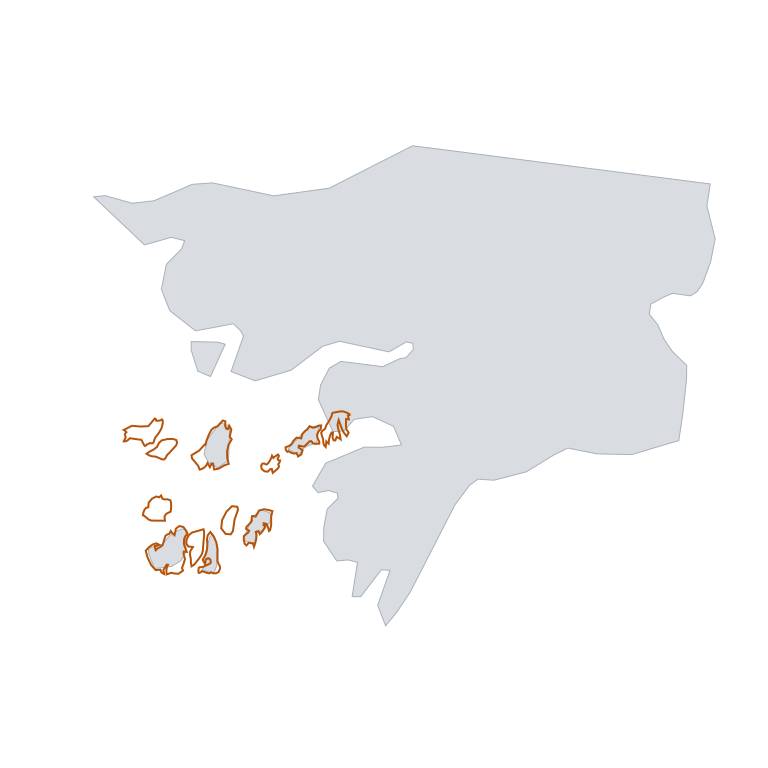 Bolama on a map of Guinea-Bissau (Equal Earth projection), rotated 7°
{"feature_id": "GNB-770", "entity_name": "Bolama", "entity_type": "Region", "adm_level": 1, "iso_a3": "GNB", "parent_name": "Guinea-Bissau", "parent_adm1": "", "projection": "equal_earth", "projection_center": [-15.897, 11.361], "detail": "fine", "context": "in_parent", "style": "outline", "palette": "amber", "viewbox_px": 768, "rotation_deg": 7, "n_neighbors": 0, "source": "natural_earth", "source_scale": "10m", "svg_char_len": 7200}
<svg xmlns="http://www.w3.org/2000/svg" viewBox="0 0 768 768"><g transform="rotate(7 384 384)"><path d="M73.0,233.6L84.2,231.0L112.0,235.3L133.5,230.1L148.7,221.3L169.3,209.2L189.2,205.3L251.6,210.7L305.8,196.3L346.1,169.1L383.3,144.1L431.5,144.3L483.1,144.6L556.6,145.0L614.8,145.3L683.4,145.7L682.8,168.0L695.0,199.5L693.3,223.0L688.1,245.2L683.6,254.0L677.5,259.1L659.1,258.9L651.4,263.4L639.1,272.1L638.8,282.3L648.6,292.0L656.7,305.7L666.1,316.4L682.2,328.7L683.7,342.5L684.2,377.2L683.5,404.2L638.3,423.9L603.7,427.4L574.3,425.2L561.5,433.5L536.0,453.8L504.8,466.1L488.8,467.0L481.1,474.3L469.1,495.4L435.3,587.5L424.1,609.6L415.1,623.9L404.7,604.4L412.7,568.2L404.0,568.7L386.8,597.9L378.3,598.9L379.4,564.2L369.8,563.0L358.7,565.4L343.2,547.4L341.7,533.9L342.9,515.0L352.3,503.0L351.1,498.0L341.9,496.5L331.7,499.8L325.5,494.1L335.8,469.7L372.0,449.1L390.2,447.0L408.8,442.4L398.6,424.8L376.5,417.8L358.8,422.7L350.0,435.4L339.1,437.5L320.8,407.6L321.2,392.5L327.9,374.8L338.5,366.8L380.5,367.0L396.4,357.0L402.8,355.1L408.9,346.0L407.6,340.0L400.8,339.6L385.1,351.5L334.6,347.0L318.4,354.1L290.3,381.5L255.7,396.6L230.7,390.3L238.7,353.6L235.1,348.6L227.2,342.5L190.4,354.2L162.5,337.4L151.5,317.2L153.4,291.8L166.6,274.6L168.7,266.0L154.8,264.4L129.3,275.1L73.0,233.6ZM195.2,591.0L178.8,595.1L171.3,581.4L170.2,576.1L178.8,571.5L182.6,571.3L189.2,561.3L197.2,554.6L200.8,552.5L204.9,552.9L207.9,574.9L203.9,584.2L195.2,591.0ZM238.9,478.8L229.2,487.4L219.3,483.4L214.0,475.6L214.8,461.8L226.0,442.2L236.1,444.7L238.9,478.8ZM221.5,363.9L210.9,397.7L197.7,394.0L188.5,373.9L187.5,365.4L214.2,362.7L221.5,363.9ZM275.1,547.9L275.1,559.2L266.4,557.1L263.9,553.7L269.0,533.2L276.7,524.1L286.0,525.5L288.8,528.3L287.0,536.2L282.9,542.7L275.1,547.9ZM310.3,459.1L308.4,465.5L296.7,460.1L313.7,436.9L324.8,432.8L324.4,450.7L315.9,454.5L310.3,459.1ZM240.1,584.6L238.2,592.3L226.1,591.1L228.8,583.3L226.2,581.1L229.7,557.8L231.5,554.2L237.3,562.8L238.1,566.4L240.1,584.6Z" fill="#d9dde1" stroke="#a8b0b8" stroke-width="1"/><path d="M208.7,574.7L205.7,574.7L205.7,576.8L207.8,582.1L206.9,587.2L205.9,591.3L207.3,593.7L203.1,597.4L199.4,597.6L195.8,597.3L191.6,599.4L190.9,597.0L190.7,594.7L190.9,592.4L191.6,589.8L190.3,589.8L187.7,595.6L188.9,599.4L186.4,598.4L185.7,597.6L184.7,595.6L180.0,596.5L175.0,592.1L170.5,585.1L167.8,578.5L170.5,574.8L173.8,571.6L177.3,569.9L180.4,570.9L177.6,572.5L176.3,572.8L176.5,574.0L176.7,574.9L177.1,575.7L177.7,576.8L179.6,574.4L181.9,573.0L183.9,570.9L185.5,561.5L187.2,559.8L189.1,558.9L190.3,555.9L191.4,557.3L194.5,559.6L195.1,552.9L198.2,549.9L202.3,550.4L205.8,554.1L207.1,556.2L206.5,557.8L205.2,559.6L204.5,562.4L204.8,566.6L205.7,569.1L208.7,574.7ZM214.2,466.0L214.8,461.4L216.4,455.5L218.4,450.3L220.5,448.1L223.9,446.3L228.5,439.9L231.1,440.4L231.4,444.8L232.9,447.6L234.6,447.8L235.4,444.2L238.0,447.7L237.3,455.1L239.6,457.5L237.1,463.1L236.5,469.8L237.4,476.6L239.6,482.2L235.6,484.1L230.3,488.1L225.8,489.6L224.1,483.9L222.6,483.9L222.3,485.2L221.7,486.6L221.3,487.8L220.6,486.8L219.2,484.9L218.5,483.9L217.3,486.9L215.5,489.1L213.4,490.6L211.5,491.4L209.5,487.8L202.5,481.2L201.6,478.2L208.7,472.6L213.3,466.0L214.2,466.0ZM162.2,470.6L160.9,471.2L158.8,471.2L156.8,472.6L155.8,473.0L155.2,474.1L154.4,474.7L153.1,473.6L150.5,469.6L149.6,468.8L149.2,469.0L138.4,468.8L136.6,471.0L134.9,472.3L132.7,472.6L133.3,470.7L134.2,468.8L132.9,465.4L133.2,464.6L134.2,463.2L132.2,461.6L131.3,461.3L138.9,456.2L147.4,455.9L155.2,454.6L160.7,446.2L161.7,446.6L161.9,446.8L161.9,447.1L162.3,448.1L163.8,448.1L165.3,447.8L166.7,447.2L167.9,446.2L168.6,447.0L169.0,447.9L169.2,450.0L168.6,454.9L167.0,459.0L163.6,465.0L162.8,467.5L162.6,469.1L162.2,470.6ZM288.8,523.8L288.1,528.8L289.2,537.9L288.8,542.8L287.8,543.9L286.5,540.8L284.6,537.2L281.6,536.8L281.7,538.9L283.2,538.9L283.2,540.8L281.6,544.5L280.5,546.4L279.0,548.2L277.8,546.0L277.3,545.3L274.8,546.4L275.9,549.4L276.1,553.4L275.6,557.7L274.8,561.5L274.3,560.3L273.7,559.0L273.2,557.9L272.0,558.1L271.5,558.3L271.2,558.3L270.4,557.9L269.2,557.9L267.2,561.0L265.2,559.6L263.8,555.9L263.4,552.1L264.9,550.3L267.2,548.2L268.0,546.1L264.8,544.6L264.8,542.8L269.2,536.8L269.4,535.6L269.0,532.4L269.2,531.2L270.1,530.9L271.5,531.2L272.7,531.3L273.2,530.3L275.4,524.8L280.3,522.9L285.6,523.2L288.8,523.8ZM353.7,418.9L352.0,419.6L353.4,423.4L350.6,423.4L351.4,430.7L352.4,433.8L354.8,436.6L353.4,440.4L350.3,437.5L347.6,433.5L343.4,425.3L342.8,430.2L344.3,434.8L346.3,439.3L347.7,444.2L346.7,443.6L343.5,442.3L342.5,446.0L340.8,446.0L339.4,443.2L339.3,438.5L337.9,438.5L337.0,441.0L336.4,443.8L336.2,446.9L336.3,450.0L334.5,448.8L333.8,448.1L333.8,453.6L331.7,451.7L330.9,449.3L330.3,446.3L328.8,443.2L327.6,440.1L328.5,438.0L330.9,435.7L331.9,431.6L334.0,427.3L335.9,422.3L336.1,419.6L336.7,418.8L343.7,416.6L346.5,416.2L347.6,416.3L351.4,417.2L353.7,418.4L353.7,418.9ZM183.2,546.4L169.8,547.9L167.1,547.3L161.6,543.8L160.7,543.7L160.9,540.4L161.7,537.7L163.1,535.8L165.1,535.1L164.9,530.4L167.7,526.1L171.7,523.4L174.8,523.8L176.3,521.8L178.2,525.0L180.5,525.3L183.2,524.8L186.1,525.5L187.0,527.5L187.6,531.1L187.9,534.7L187.7,536.8L185.3,538.2L183.3,539.9L182.3,542.4L183.2,546.4ZM229.7,552.1L233.7,556.1L236.8,561.5L238.9,568.1L240.3,580.1L241.7,582.7L243.2,584.7L243.8,587.1L242.8,590.7L240.3,592.4L237.5,592.7L235.4,591.9L233.8,593.2L231.7,593.1L226.2,591.9L225.8,592.5L224.5,593.6L223.2,594.1L222.6,592.8L222.5,590.6L222.6,589.1L223.2,588.3L224.8,588.1L226.9,587.4L232.7,583.8L233.9,582.4L233.0,579.3L230.7,578.3L228.6,579.8L228.3,584.3L226.8,582.5L225.5,580.4L227.3,576.3L228.2,573.0L228.5,569.7L228.3,565.5L227.2,559.3L227.5,555.7L229.7,552.1ZM326.7,432.8L326.6,436.6L324.3,439.8L323.7,443.2L324.9,446.3L326.8,449.1L327.0,451.1L323.1,451.8L320.5,451.4L318.8,449.6L316.9,450.0L316.6,450.7L312.6,455.6L311.5,455.9L307.0,455.6L307.0,457.5L311.3,459.6L310.5,464.0L307.6,466.4L305.7,463.2L303.4,464.0L300.6,463.6L298.3,462.8L297.3,462.2L296.3,463.1L294.5,461.3L294.0,458.8L296.5,457.5L299.2,455.5L301.1,451.4L303.7,447.9L308.5,448.1L308.9,443.9L310.9,440.9L313.5,438.2L315.3,434.9L318.8,436.1L321.9,434.9L324.5,433.2L326.7,432.8ZM224.1,563.4L224.5,571.5L223.9,575.3L221.9,579.4L217.6,586.5L215.2,588.4L214.2,585.2L213.5,580.8L212.3,577.4L212.0,573.8L214.2,569.1L209.5,569.1L207.2,566.4L207.0,562.2L208.7,557.9L211.6,554.8L222.6,550.2L223.4,552.5L223.9,556.2L224.1,563.4ZM166.4,483.9L162.1,484.0L159.7,483.5L156.8,482.2L159.2,479.9L163.0,477.4L166.4,474.1L167.9,469.8L170.2,467.1L175.5,465.1L181.2,464.2L184.8,465.0L185.8,467.8L185.1,470.4L179.0,479.0L177.8,480.3L177.1,481.5L176.6,483.1L175.9,484.6L174.8,485.8L173.1,485.9L166.4,483.9ZM248.0,523.8L253.3,523.7L254.4,526.6L252.2,536.8L252.0,548.3L250.2,551.9L245.1,552.1L240.0,547.1L239.9,538.7L243.2,529.9L248.0,523.8ZM287.4,470.9L287.8,471.5L288.2,472.3L288.8,472.7L290.2,472.6L290.0,473.9L289.8,474.7L288.8,476.5L289.9,478.7L288.9,480.9L284.4,485.8L283.4,483.2L283.2,482.2L281.6,482.2L279.3,485.2L276.0,485.2L273.0,483.2L272.0,480.3L273.0,477.8L274.6,477.5L276.4,478.1L277.4,478.2L279.0,476.2L280.1,473.9L281.0,471.5L281.6,468.8L283.2,470.9L284.2,469.7L287.4,466.9L288.4,468.0L288.4,468.8L287.4,470.9Z" fill="none" stroke="#b45309" stroke-width="2"/></g></svg>